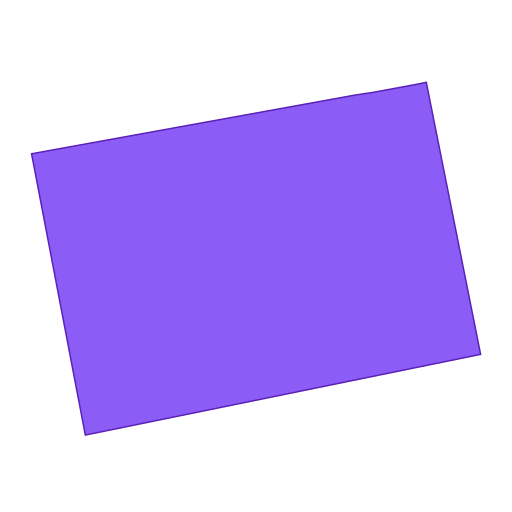 outline of Dimmit, Texas, United States of America, rotated 349°
{"feature_id": "52423323B99675237938488", "entity_name": "Dimmit", "entity_type": "district", "adm_level": 2, "iso_a3": "USA", "parent_name": "United States of America", "parent_adm1": "Texas", "projection": "orthographic", "projection_center": [-99.607, 28.423], "detail": "fine", "context": "isolated", "style": "filled", "palette": "violet", "viewbox_px": 512, "rotation_deg": 349, "n_neighbors": 0, "source": "geoboundaries", "source_scale": "gbopen_adm2", "svg_char_len": 265}
<svg xmlns="http://www.w3.org/2000/svg" viewBox="0 0 512 512"><g transform="rotate(349 256 256)"><path d="M448.9,118.1L401.8,117.7L383.2,116.9L55.2,112.8L54.3,399.2L457.7,395.4L456.3,118.0L448.9,118.1Z" fill="#8b5cf6" stroke="#5b21b6" stroke-width="1.5"/></g></svg>